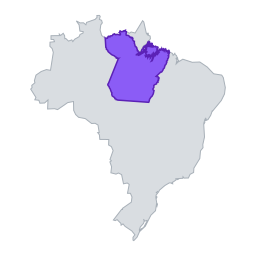 Brazil, with Pará highlighted
{"feature_id": "BRA-594", "entity_name": "Pará", "entity_type": "State", "adm_level": 1, "iso_a3": "BRA", "parent_name": "Brazil", "parent_adm1": "", "projection": "natural_earth1", "projection_center": [-50.886, -3.617], "detail": "fine", "context": "in_parent", "style": "filled", "palette": "violet", "viewbox_px": 256, "rotation_deg": 0, "n_neighbors": 0, "source": "natural_earth", "source_scale": "10m", "svg_char_len": 9006}
<svg xmlns="http://www.w3.org/2000/svg" viewBox="0 0 256 256"><path d="M65.8,38.5L68.5,41.1L71.8,39.9L72.8,41.6L74.7,39.2L79.1,36.7L80.1,34.4L83.0,33.1L83.2,31.6L79.9,31.1L79.1,24.9L76.3,20.9L80.1,22.9L83.5,22.8L85.9,24.8L86.6,22.4L95.1,19.4L97.0,17.4L96.9,15.5L99.4,15.4L100.2,16.3L99.4,19.4L101.6,20.3L102.3,22.9L100.8,24.9L100.1,30.0L101.7,35.5L105.7,38.6L107.5,38.1L108.3,36.4L109.9,36.8L114.4,33.9L120.2,34.8L119.3,32.5L120.2,31.0L121.3,31.7L125.1,30.6L129.3,33.3L131.1,32.0L135.1,33.0L142.6,20.7L143.8,22.0L146.3,33.2L147.6,35.0L150.1,36.0L150.4,38.8L146.1,44.3L143.5,46.0L140.0,53.4L136.6,54.5L140.2,54.7L145.4,50.9L146.4,55.7L147.9,57.2L153.3,55.5L151.7,60.8L153.8,56.6L156.3,54.1L157.5,54.8L158.1,54.1L157.6,52.1L159.3,49.8L163.5,49.3L172.5,53.4L173.1,55.4L174.4,54.0L176.5,55.6L177.1,57.4L176.0,58.6L176.4,59.2L177.6,58.0L177.8,59.2L176.8,60.4L176.1,64.0L177.6,62.5L178.6,59.8L178.8,61.7L182.8,59.2L192.3,62.3L199.8,62.0L207.2,67.0L213.7,73.8L221.7,75.1L223.3,77.6L225.3,87.5L224.5,94.0L221.3,100.5L212.4,111.3L212.4,110.4L210.7,115.3L208.0,119.6L206.7,120.2L205.7,118.3L204.9,119.3L203.7,123.9L204.5,137.0L202.8,144.6L203.0,147.7L200.5,150.8L199.8,158.5L193.9,168.1L193.6,172.5L190.1,174.3L188.4,178.0L184.0,178.1L183.0,176.7L182.7,178.3L175.8,178.7L176.1,179.9L171.7,183.0L169.3,182.9L164.9,185.5L159.5,190.1L158.4,192.3L157.5,191.5L157.1,192.5L155.9,192.1L157.5,193.4L156.2,194.8L155.8,197.3L156.7,202.7L155.5,210.7L150.9,215.2L145.3,226.2L140.0,231.2L139.9,229.6L143.6,227.5L146.9,221.5L147.0,220.4L144.8,221.1L143.5,219.1L144.2,221.0L143.6,223.3L140.3,227.0L139.3,229.9L139.6,231.5L137.1,237.1L133.8,240.6L133.0,240.1L133.0,237.3L134.9,234.8L131.8,230.9L125.1,226.4L123.0,223.9L121.1,225.2L120.9,223.4L117.1,219.6L115.3,220.6L113.4,220.0L121.5,209.5L122.5,209.5L122.3,208.5L131.3,202.2L132.0,197.0L130.4,193.3L127.5,193.3L129.2,184.4L127.3,183.0L123.5,183.8L121.6,174.6L118.4,173.0L116.0,174.1L110.9,172.8L111.6,166.7L109.9,161.9L111.4,160.8L110.0,159.5L113.1,150.6L111.4,146.6L108.6,145.0L108.8,139.5L99.8,139.4L99.4,134.8L97.7,132.6L99.2,132.5L98.0,125.0L95.1,123.3L91.6,123.5L85.3,118.6L78.6,117.3L75.7,114.6L73.7,110.4L73.5,101.5L67.7,102.6L57.6,109.6L54.6,108.7L47.6,109.0L48.0,99.9L44.6,103.0L39.9,103.2L38.9,100.3L34.8,99.8L35.9,97.4L30.7,89.1L32.0,87.7L31.8,85.3L34.9,82.8L34.4,80.7L36.0,75.1L41.2,71.5L46.4,69.6L50.5,70.3L53.3,52.4L52.1,48.5L49.9,46.3L50.0,42.2L54.5,41.7L53.7,39.5L51.0,39.4L51.0,35.7L59.4,35.6L59.3,34.1L60.6,35.5L63.2,33.3L64.6,35.7L64.8,38.7L65.8,38.5ZM148.6,46.2L157.9,47.3L155.7,53.5L154.0,53.7L153.7,54.8L152.3,54.2L150.8,55.9L147.3,55.8L146.1,52.7L147.0,51.9L145.9,50.8L146.7,47.1L148.6,46.2ZM140.8,53.8L142.2,49.3L143.6,48.7L143.5,51.4L140.8,53.8ZM151.2,44.0L150.3,45.7L148.2,45.3L148.5,44.2L151.2,44.0ZM148.0,42.1L147.7,45.6L146.8,45.2L148.0,42.1ZM152.6,46.2L151.3,46.4L150.7,46.1L152.3,45.1L152.6,46.2ZM146.6,46.3L145.3,47.4L144.7,46.8L145.7,45.8L146.6,46.3ZM149.1,43.3L148.5,42.6L149.6,41.9L149.7,42.5L149.1,43.3ZM148.4,34.4L147.6,34.5L147.4,33.3L148.2,33.2L148.4,34.4ZM157.0,206.0L156.7,204.9L157.3,203.8L157.5,204.1L157.0,206.0ZM172.5,182.5L172.7,183.8L171.8,183.5L172.5,182.5ZM156.5,198.1L156.2,197.4L156.8,196.7L157.0,197.0L156.5,198.1ZM177.3,61.7L176.8,63.0L177.3,61.2L177.3,61.7ZM206.2,120.4L205.2,120.8L205.8,119.8L206.2,120.4ZM178.3,179.2L177.3,179.6L177.1,179.3L177.7,178.8L178.3,179.2ZM204.6,122.8L204.3,123.5L204.0,123.1L204.6,122.8ZM174.9,52.8L174.9,53.6L174.7,53.4L174.9,52.8Z" fill="#d9dde1" stroke="#a8b0b8" stroke-width="1"/><path d="M114.5,33.9L114.8,34.4L115.6,34.7L117.6,34.4L119.9,35.0L120.4,34.7L120.4,33.7L119.6,32.6L119.3,32.5L119.9,31.7L120.1,31.0L121.4,31.7L123.0,31.5L123.4,31.0L123.7,31.2L124.3,30.8L124.4,31.0L125.2,30.5L125.1,30.9L125.6,31.4L126.3,31.6L126.4,32.5L126.0,33.9L126.3,35.3L128.2,35.4L129.4,36.3L129.6,36.9L130.0,36.8L130.7,37.6L131.6,37.3L131.7,37.7L132.2,37.7L132.2,38.4L132.8,38.3L132.9,38.7L132.6,39.0L132.9,40.1L133.5,41.0L134.4,41.3L134.3,43.2L134.7,44.1L134.9,45.3L135.4,46.6L135.9,46.6L136.8,47.8L136.8,48.7L137.3,49.3L137.3,50.6L138.0,50.7L138.1,51.7L138.6,52.1L139.3,52.2L139.6,52.6L140.0,52.1L140.4,52.2L140.3,53.2L139.9,53.6L138.7,53.3L136.4,54.5L136.4,54.8L138.5,54.3L138.8,54.8L138.6,55.3L138.9,55.3L139.2,54.9L140.1,54.7L141.6,53.6L142.6,53.2L142.9,52.7L143.5,52.6L144.9,51.4L144.9,50.9L145.2,51.1L145.2,50.8L145.7,50.8L145.8,51.6L145.1,52.0L145.8,52.6L145.8,53.8L146.6,55.6L146.2,55.6L146.3,56.0L146.0,56.5L145.5,56.2L145.7,56.8L146.4,56.5L146.6,55.9L146.8,56.0L147.6,56.6L147.5,56.9L147.7,56.7L147.8,57.5L148.3,56.5L149.1,56.6L149.3,56.2L150.0,56.1L150.5,56.4L150.4,57.6L150.6,57.3L150.8,57.7L150.6,56.5L150.7,56.8L150.8,56.5L151.5,56.5L151.9,57.1L151.6,56.5L151.9,56.2L152.2,56.3L152.4,55.7L152.5,55.9L152.8,55.8L152.6,56.1L152.7,56.4L153.0,56.5L153.0,57.0L152.1,59.4L152.1,60.0L151.5,61.0L152.2,60.7L153.7,56.8L155.0,54.8L155.6,54.5L154.7,56.2L155.2,55.8L156.6,53.5L157.7,55.1L157.4,54.2L158.2,54.0L157.4,54.0L157.4,52.9L157.7,52.6L157.7,53.0L158.2,53.1L158.3,52.4L158.6,52.4L158.4,52.0L158.7,52.0L158.4,51.6L158.9,51.4L159.1,50.7L159.1,50.0L159.6,49.4L160.0,50.0L160.5,49.4L160.8,49.5L160.8,48.8L161.0,49.2L161.2,49.3L161.2,49.9L161.8,49.5L161.9,48.9L162.3,49.9L162.9,50.2L162.9,49.8L162.6,49.6L162.5,49.8L162.5,49.0L162.8,49.0L162.7,49.4L162.8,49.5L163.4,49.0L163.5,49.4L163.6,49.1L163.8,49.3L163.6,49.7L164.0,49.5L163.8,49.9L164.1,50.1L164.4,49.4L164.5,50.5L165.0,49.6L165.2,50.3L165.0,50.5L165.7,49.6L165.9,50.7L166.0,50.3L166.2,50.6L166.1,51.0L166.3,50.6L166.4,50.3L166.6,50.5L166.5,50.2L166.8,50.5L166.7,50.9L166.1,51.2L166.1,51.4L167.7,50.5L167.4,50.8L167.4,51.6L168.0,51.4L168.0,51.7L168.2,51.4L168.2,51.9L168.3,51.5L168.6,51.8L168.4,51.5L168.5,50.9L168.9,50.8L168.5,52.4L169.1,52.0L169.1,52.3L169.3,51.7L169.5,52.2L169.0,53.0L169.2,53.3L168.8,54.1L168.8,55.2L168.2,55.6L168.3,55.9L168.7,55.9L168.7,56.9L168.3,58.1L167.7,58.5L167.6,60.1L166.5,61.2L166.9,62.0L166.6,62.2L166.3,63.7L165.7,64.7L165.1,65.1L165.0,65.9L164.7,66.1L164.4,67.9L163.3,69.0L163.0,70.0L161.9,71.7L161.5,72.1L160.8,72.0L156.1,76.4L157.1,76.7L157.9,76.6L158.3,77.3L158.8,77.5L159.1,78.1L158.3,78.7L158.7,79.7L158.2,80.0L158.4,80.7L157.7,81.0L157.9,82.2L157.3,82.1L156.8,82.6L156.5,83.9L154.8,84.6L153.8,85.4L153.9,87.3L152.9,89.0L153.1,89.8L154.0,90.5L153.3,93.8L152.0,96.3L151.1,97.0L149.6,99.2L149.1,101.4L148.7,102.3L117.8,100.1L116.7,99.6L116.2,99.7L115.9,99.0L114.9,98.7L114.7,97.7L112.2,95.9L111.7,94.2L111.9,92.9L111.2,91.8L110.2,88.9L109.3,87.6L109.2,86.8L108.0,85.4L107.8,84.3L108.6,83.0L118.1,59.3L118.0,58.8L118.5,58.4L117.6,58.5L117.5,58.0L116.5,58.2L116.2,58.0L116.3,57.3L115.1,56.7L114.6,56.0L111.7,54.7L108.5,52.0L108.0,51.5L107.8,50.4L106.4,49.3L106.4,48.1L105.8,47.4L105.2,38.0L105.9,38.7L106.6,38.2L107.5,38.2L107.6,37.9L107.5,37.3L108.1,37.0L108.4,36.3L109.9,36.8L110.1,36.0L112.2,35.7L113.3,34.2L113.8,34.3L114.5,33.9ZM158.0,47.6L157.4,49.8L157.0,49.5L157.2,50.6L156.5,51.3L156.6,51.8L155.8,52.5L155.2,52.1L155.6,52.5L155.5,52.8L155.9,52.8L155.7,53.7L155.1,53.0L154.9,53.0L155.1,53.1L154.9,53.5L155.1,53.3L155.7,53.9L154.5,54.4L153.9,53.5L153.9,54.6L153.7,54.6L154.0,54.7L153.7,54.9L153.1,54.6L152.9,54.1L152.8,54.4L153.1,55.0L152.6,55.0L152.4,54.2L152.2,54.2L152.3,54.7L152.1,55.5L151.4,55.7L151.1,54.6L151.2,55.6L151.0,56.0L149.9,55.6L149.7,55.1L149.1,55.8L148.8,55.6L148.7,54.9L148.5,54.7L148.6,54.1L148.4,54.7L148.7,55.0L148.6,55.6L148.3,55.1L148.5,55.7L148.0,55.8L148.4,55.9L147.9,56.1L146.9,55.8L146.9,55.2L145.9,53.8L145.9,51.8L147.1,52.4L146.8,52.0L147.5,51.5L146.6,51.8L146.1,51.8L145.9,51.4L146.2,48.7L146.5,49.2L147.1,49.4L146.5,49.1L146.4,47.6L147.0,46.6L147.8,46.5L148.0,46.2L151.6,46.9L152.9,47.0L152.9,46.6L153.8,46.4L155.0,46.6L155.4,46.4L155.4,46.8L157.7,47.0L158.0,47.6ZM143.4,48.5L144.1,49.3L143.5,51.4L143.2,51.4L142.7,52.4L141.2,53.7L140.3,54.0L140.5,52.8L141.5,51.9L141.5,50.4L142.2,49.2L143.2,48.6L143.0,49.3L143.1,48.9L143.4,49.0L143.4,48.5ZM149.7,43.8L150.6,43.8L151.6,43.3L152.2,43.5L152.2,43.8L151.4,44.4L150.5,45.6L149.9,45.8L149.4,45.4L148.2,45.3L148.0,44.3L149.3,44.3L149.7,43.8ZM145.3,47.4L144.7,46.7L145.2,45.6L146.1,45.3L146.6,45.7L146.7,46.1L146.5,46.4L145.3,47.4ZM150.7,46.1L151.2,45.5L152.4,45.0L153.1,45.6L152.5,46.3L151.3,46.4L150.7,46.1ZM148.3,43.2L148.6,42.2L149.3,42.2L149.2,42.0L149.5,41.8L149.7,42.6L148.6,43.5L148.3,43.2ZM148.3,43.8L147.8,44.6L147.3,44.3L147.8,43.1L147.7,42.4L148.0,42.0L148.3,43.8ZM145.7,48.8L145.7,49.7L144.4,50.3L144.6,49.4L145.7,48.8ZM146.7,45.1L146.8,44.5L147.4,44.6L147.7,45.5L147.1,45.6L146.7,45.1ZM144.1,46.4L144.3,46.4L144.1,47.3L142.9,48.2L144.1,46.4ZM158.9,50.3L159.1,50.5L158.8,51.4L158.3,51.4L158.3,51.0L158.9,50.3ZM153.4,55.7L153.0,56.5L152.7,56.3L153.1,55.5L153.4,55.7ZM158.1,51.7L158.4,52.0L158.2,52.5L157.5,52.2L157.7,51.8L158.1,51.7ZM161.5,48.9L161.6,49.5L161.3,49.6L161.3,49.2L161.0,48.9L161.2,48.7L161.5,48.9ZM152.2,55.2L152.7,55.3L152.3,55.6L152.2,55.2ZM159.9,49.4L160.4,49.4L160.0,49.8L159.9,49.4ZM149.4,43.8L149.1,44.0L148.8,44.1L149.3,43.6L149.4,43.8Z" fill="#8b5cf6" stroke="#5b21b6" stroke-width="1.5"/></svg>